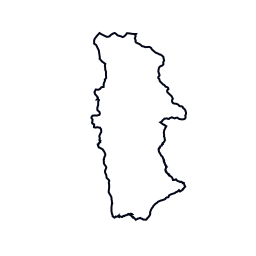 Beriu, Hunedoara, Romania, rotated 218°
{"feature_id": "2599482B96575439888844", "entity_name": "Beriu", "entity_type": "district", "adm_level": 2, "iso_a3": "ROU", "parent_name": "Romania", "parent_adm1": "Hunedoara", "projection": "orthographic", "projection_center": [23.248, 45.738], "detail": "fine", "context": "isolated", "style": "outline", "palette": "ink", "viewbox_px": 256, "rotation_deg": 218, "n_neighbors": 0, "source": "geoboundaries", "source_scale": "gbopen_adm2", "svg_char_len": 5737}
<svg xmlns="http://www.w3.org/2000/svg" viewBox="0 0 256 256"><g transform="rotate(218 128 128)"><path d="M179.5,207.0L182.4,204.9L185.5,203.2L187.2,202.0L187.1,199.7L187.5,197.6L188.2,196.3L190.0,195.9L193.2,194.6L195.3,194.8L197.0,194.7L197.9,193.3L198.9,190.6L198.9,189.2L199.6,187.9L201.0,186.7L206.8,185.5L208.9,185.3L209.2,181.7L209.2,178.0L208.7,176.3L206.6,173.6L204.2,173.8L198.7,171.1L193.6,166.2L193.0,165.1L189.4,164.4L185.4,164.6L184.6,162.8L183.2,161.6L181.8,159.9L180.1,158.9L177.8,156.0L176.0,154.0L176.1,151.9L175.4,151.3L174.3,147.7L173.2,146.4L172.5,145.3L174.0,143.9L174.2,141.2L175.1,139.7L177.1,138.5L176.9,137.2L176.6,136.4L176.6,135.7L175.6,135.1L175.5,134.8L174.5,134.3L173.6,134.2L171.2,133.7L170.9,133.2L170.3,133.0L170.0,133.1L169.7,132.6L170.0,131.6L170.0,131.4L169.1,132.2L168.4,132.0L168.1,132.1L167.6,130.2L165.6,127.7L165.2,126.3L164.6,125.3L164.5,124.8L163.7,124.0L163.3,123.3L161.5,123.1L160.4,123.1L159.0,122.0L158.7,120.9L158.8,120.4L159.3,119.9L160.2,118.6L161.5,117.8L163.5,115.9L163.6,114.9L163.4,114.0L163.0,113.4L161.5,113.0L161.0,112.7L160.9,112.2L160.1,111.4L159.8,110.7L159.8,110.3L159.4,109.9L158.5,109.6L156.9,110.0L156.1,109.0L155.9,108.5L155.6,107.9L155.3,107.7L154.0,108.2L152.8,109.6L150.2,111.0L149.6,110.7L149.0,110.7L148.1,110.1L146.7,108.5L146.5,108.0L146.5,107.3L146.3,106.8L146.3,106.2L145.6,103.9L144.8,103.2L144.2,102.9L143.5,101.8L143.1,101.4L143.2,101.0L142.9,100.8L142.2,100.6L141.8,100.8L141.6,100.2L141.2,99.7L141.6,99.4L141.7,98.7L141.6,98.3L141.4,98.0L141.5,97.8L141.7,97.5L141.5,96.9L141.2,96.7L141.6,96.3L140.1,95.2L138.9,94.7L138.4,95.0L134.8,95.6L133.7,95.1L132.5,94.9L129.9,93.5L129.1,92.5L128.8,91.0L128.4,90.2L128.4,89.7L128.2,89.2L127.6,88.5L127.7,88.1L125.8,86.1L125.6,85.6L124.5,84.9L122.9,84.5L121.0,83.7L120.6,83.2L119.7,79.9L118.3,78.6L116.4,77.7L114.0,75.5L111.3,75.3L110.4,75.0L110.2,74.7L109.5,73.1L108.3,72.1L106.4,69.8L104.4,66.5L103.9,65.8L103.5,65.4L98.9,63.5L98.3,63.1L97.2,61.8L95.7,60.5L94.3,58.9L93.9,58.8L93.9,58.2L93.1,56.8L91.7,54.6L91.1,54.0L89.7,52.1L88.6,51.3L87.9,50.5L87.1,50.2L86.0,49.3L85.8,49.0L83.5,49.0L83.3,49.3L83.2,50.5L82.9,50.5L82.0,51.6L81.8,51.9L81.6,52.7L81.4,52.1L80.1,52.5L80.5,53.4L77.9,54.1L77.8,54.3L77.5,55.9L76.6,56.4L76.5,57.3L75.3,58.6L75.2,59.0L74.9,59.7L75.0,60.2L74.8,60.5L74.7,60.6L74.0,60.4L73.7,60.4L73.3,61.8L73.0,62.3L72.0,62.6L71.4,62.6L71.9,61.7L72.1,60.9L69.1,60.5L69.1,61.0L68.6,61.0L65.4,60.5L65.3,60.9L65.0,61.3L64.5,62.6L64.0,63.1L63.4,64.2L63.0,64.7L61.6,64.8L60.6,65.3L59.6,65.2L57.2,67.0L57.1,68.4L57.3,68.8L57.0,70.7L57.2,72.9L57.7,74.2L58.3,74.6L59.0,76.0L59.5,77.9L59.8,79.4L59.7,80.9L60.0,81.9L59.8,84.8L59.6,85.7L59.2,86.5L58.9,88.4L58.5,89.2L57.5,91.1L56.8,91.8L56.0,93.2L55.4,93.9L55.2,94.6L55.0,94.9L54.9,95.4L55.1,96.1L54.9,96.8L54.3,97.6L53.6,98.2L53.6,98.9L54.1,99.8L54.1,100.3L53.4,102.0L51.0,105.6L50.6,107.3L50.1,107.7L49.8,109.0L49.6,110.4L49.0,110.3L48.1,109.9L47.9,110.0L46.9,113.1L47.2,113.7L46.9,114.1L47.0,114.8L46.9,116.6L46.8,117.0L48.4,117.7L48.6,118.0L49.7,118.6L50.2,119.1L50.8,118.8L51.0,118.4L51.2,118.6L51.5,118.4L52.0,118.6L53.0,118.4L53.7,117.5L54.1,117.6L56.2,116.8L57.4,116.8L57.9,117.0L58.6,117.1L59.0,116.1L59.4,115.9L60.1,115.0L60.6,114.7L62.1,115.8L63.3,116.2L64.7,116.2L66.6,115.8L66.8,116.0L66.9,116.7L67.7,116.7L67.8,116.3L69.7,116.6L70.4,116.6L70.5,116.8L70.7,117.1L71.0,117.1L71.2,117.3L71.5,117.1L71.9,117.5L72.1,117.5L72.4,117.6L72.5,117.9L72.9,118.1L73.1,118.4L73.1,118.7L73.1,119.1L73.5,119.9L73.8,120.3L73.7,120.7L73.9,120.8L73.8,121.0L74.0,121.0L74.1,121.5L74.9,121.6L75.2,121.9L75.7,121.7L76.6,122.4L76.8,122.4L77.1,122.6L77.8,122.9L77.8,123.1L78.2,123.1L78.6,123.4L78.6,123.5L79.0,123.9L79.1,124.1L79.3,124.0L79.4,124.3L80.0,124.7L79.9,124.8L80.1,125.0L80.2,124.9L80.4,125.2L81.8,125.6L82.1,126.0L83.2,126.6L85.1,126.7L87.2,127.8L87.7,127.8L89.6,128.8L90.0,129.5L90.8,130.0L91.0,130.3L90.8,131.1L91.1,131.6L90.7,131.9L90.7,132.1L91.3,133.3L91.1,133.9L91.2,134.3L91.3,134.3L91.0,134.4L90.6,135.0L91.1,135.5L91.2,135.9L90.7,136.7L90.9,136.8L91.0,137.1L91.4,137.5L91.1,138.0L91.0,139.1L91.3,140.9L91.8,141.6L92.5,142.1L93.3,143.0L94.5,143.5L95.3,144.9L96.8,146.2L98.2,148.8L98.2,149.2L97.7,149.2L98.2,149.4L98.3,150.2L98.9,151.5L98.7,152.4L98.9,153.0L100.0,152.8L100.6,152.9L101.5,152.8L101.7,152.6L102.5,152.5L106.0,152.4L105.5,153.4L105.4,154.5L105.4,155.8L105.2,156.5L105.0,157.7L104.6,158.3L103.4,159.3L102.8,159.7L102.4,159.7L101.4,160.2L101.3,160.4L101.3,161.0L101.2,161.4L100.6,162.3L100.1,163.4L97.4,164.2L97.0,164.5L96.6,165.4L95.4,166.6L94.3,166.5L93.1,166.7L90.9,167.9L89.4,169.3L88.9,170.2L89.0,171.4L89.5,172.3L90.5,173.0L90.9,174.7L91.5,175.6L92.5,176.4L93.4,176.9L93.7,177.3L95.6,177.7L97.1,177.7L97.9,178.3L98.9,178.2L100.4,177.2L101.0,177.0L102.7,177.3L103.5,177.2L104.9,176.8L106.8,175.6L107.8,175.4L108.3,175.4L109.5,175.9L110.2,176.8L110.5,177.3L110.7,178.7L113.2,179.9L118.6,180.4L119.2,180.6L120.1,181.4L120.3,181.9L120.2,182.9L120.0,183.4L120.0,183.5L121.2,184.3L122.2,184.3L123.3,183.9L124.3,183.7L125.0,184.1L126.3,184.2L127.1,183.9L130.1,184.3L130.9,184.3L132.0,184.7L133.6,185.9L134.9,186.0L135.2,186.3L135.5,187.0L135.5,188.6L135.7,189.1L136.3,189.6L137.1,189.8L137.7,190.5L138.9,191.2L140.5,194.1L140.7,194.9L140.7,195.8L140.1,197.4L139.4,198.4L139.3,199.9L139.6,200.4L140.3,200.9L140.8,201.7L141.0,203.1L141.2,203.5L141.7,204.0L142.9,204.7L143.7,205.7L144.1,205.8L145.4,206.0L147.5,205.9L148.3,205.4L150.2,205.1L152.8,204.4L157.2,204.6L157.8,204.7L158.9,205.3L160.7,205.2L161.5,204.7L164.2,202.3L165.7,202.0L167.2,201.1L169.4,201.3L171.3,201.1L172.7,200.6L173.4,200.6L174.3,200.3L175.3,200.7L175.6,201.0L175.8,201.7L177.9,203.0L178.4,204.9L179.4,205.6L179.5,207.0Z" fill="none" stroke="#020617" stroke-width="2"/></g></svg>